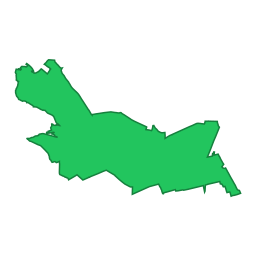 the district of Frecatei, Tulcea, Romania
{"feature_id": "2599482B40315374043911", "entity_name": "Frecatei", "entity_type": "district", "adm_level": 2, "iso_a3": "ROU", "parent_name": "Romania", "parent_adm1": "Tulcea", "projection": "robinson", "projection_center": [28.616, 45.13], "detail": "fine", "context": "isolated", "style": "filled", "palette": "green", "viewbox_px": 256, "rotation_deg": 0, "n_neighbors": 0, "source": "geoboundaries", "source_scale": "gbopen_adm2", "svg_char_len": 5493}
<svg xmlns="http://www.w3.org/2000/svg" viewBox="0 0 256 256"><path d="M156.7,129.3L155.3,128.1L153.8,125.5L153.4,125.7L153.0,125.6L152.9,125.7L152.6,127.6L152.1,129.6L151.5,130.6L149.0,130.0L145.9,129.6L146.7,127.0L146.6,126.9L134.7,121.4L131.1,119.5L130.5,119.0L124.1,114.8L122.0,113.6L121.1,112.7L120.8,112.6L120.1,112.6L119.4,113.0L117.7,112.9L116.3,112.6L114.9,112.5L110.9,111.9L104.5,112.6L99.5,113.4L96.0,113.9L93.8,114.3L92.2,114.5L92.1,115.1L91.8,114.7L91.3,114.4L88.9,110.2L87.9,109.1L87.9,108.9L87.5,108.3L83.0,101.3L81.4,98.9L80.1,96.7L78.6,94.4L77.5,93.1L72.7,88.5L72.0,87.7L71.2,86.7L69.7,84.0L68.6,82.3L68.6,82.1L65.6,78.4L64.1,75.7L63.7,75.2L62.3,73.6L61.9,72.9L61.8,72.1L61.5,71.7L61.3,71.3L61.2,70.2L61.3,69.9L61.8,68.7L62.2,68.0L61.4,68.2L61.2,68.1L60.2,67.6L59.4,66.8L57.9,65.0L56.8,64.0L56.2,63.2L55.4,62.4L54.9,61.8L54.6,60.2L48.9,59.8L48.5,59.8L47.8,60.5L47.6,60.6L46.9,61.4L46.4,62.2L45.9,62.8L45.1,63.4L44.3,64.3L45.3,64.8L47.3,66.5L49.4,67.8L50.6,69.0L49.9,69.7L49.9,69.9L49.6,70.6L48.8,71.7L48.4,72.4L47.3,73.9L45.7,72.5L41.6,69.1L41.2,68.9L38.7,71.5L38.6,71.4L37.9,71.9L35.8,73.0L34.1,73.2L33.6,71.6L32.3,72.2L31.7,71.3L33.3,70.5L32.5,69.0L31.7,67.9L30.8,66.9L29.2,65.4L26.7,63.5L26.1,64.3L27.9,65.6L26.0,67.3L26.1,67.2L25.4,66.6L24.7,66.5L24.4,66.6L22.0,66.4L21.7,66.5L21.7,66.8L21.4,66.8L20.6,67.6L20.1,68.5L20.7,69.1L21.1,69.0L21.2,69.3L21.0,69.5L20.8,69.8L20.5,70.1L20.1,70.0L19.5,69.6L19.5,69.1L19.2,68.9L18.6,68.8L18.6,69.0L18.5,69.5L18.3,69.7L17.5,69.4L16.2,69.2L15.4,72.2L15.4,72.6L15.6,73.0L16.3,74.0L16.2,75.5L16.1,75.9L16.3,76.3L16.3,77.6L16.4,78.3L16.3,80.1L17.1,80.4L17.2,80.5L17.4,81.1L18.1,81.3L18.5,81.6L18.2,82.0L18.1,82.6L18.1,83.7L17.8,84.7L17.6,86.0L17.1,87.0L16.9,87.8L16.3,88.4L16.1,89.6L15.9,90.0L15.6,90.3L15.6,92.8L16.3,95.1L16.4,95.7L16.8,96.4L18.2,98.0L18.3,98.4L18.5,99.0L18.9,99.5L19.7,99.7L21.2,100.6L22.1,100.9L22.4,101.2L23.2,101.0L24.5,101.0L25.0,101.1L25.5,101.3L26.3,101.7L26.7,102.3L26.8,102.7L27.4,102.6L27.7,102.6L27.9,102.5L29.0,103.2L30.3,104.1L32.5,105.4L32.6,105.6L33.5,106.3L33.5,106.5L33.5,106.8L34.1,106.6L34.6,106.9L35.0,106.9L36.5,107.0L39.6,108.6L39.7,108.8L40.6,109.2L40.7,109.4L41.9,109.8L42.5,110.2L42.9,110.2L43.5,110.1L44.0,110.4L45.0,110.3L47.0,112.5L47.5,113.0L48.5,113.5L51.9,115.0L52.7,115.6L53.4,116.2L53.9,116.9L56.2,122.6L56.5,123.0L58.3,124.2L59.6,125.6L59.3,125.6L58.5,125.2L56.7,124.8L56.3,124.7L56.2,124.8L56.3,125.2L56.0,125.2L55.3,125.4L54.8,125.3L54.1,125.3L53.3,125.0L52.9,124.3L52.5,124.2L52.3,124.2L51.9,123.9L51.7,124.1L51.8,125.9L50.7,127.8L51.0,128.8L51.5,130.0L49.9,130.7L48.4,131.2L48.8,131.9L48.4,132.1L47.6,132.1L46.8,132.2L46.6,132.5L46.7,133.3L50.0,133.0L52.4,132.4L53.9,132.3L54.0,132.4L53.8,132.7L52.0,132.9L51.9,134.0L53.2,134.2L53.8,134.6L54.0,134.6L54.6,135.0L54.8,136.1L55.2,136.3L55.5,136.7L56.1,136.8L56.8,136.7L57.0,137.1L56.8,137.2L56.6,137.0L55.5,136.9L46.1,134.3L43.2,133.6L42.4,133.6L39.3,134.2L39.0,134.5L38.7,135.1L38.4,135.2L38.4,135.4L37.4,135.8L35.5,136.0L34.6,136.4L33.1,137.4L31.6,137.5L30.1,138.2L29.7,138.4L27.1,138.4L27.0,138.5L27.4,139.1L27.7,139.0L27.9,139.2L28.4,139.8L29.6,141.0L30.2,141.2L31.1,141.4L38.0,144.7L40.6,145.6L40.9,145.9L44.5,149.5L48.0,153.2L48.2,153.5L49.4,156.7L49.4,157.8L49.8,159.2L50.5,160.0L51.1,160.4L51.3,161.0L51.4,161.5L52.1,162.3L53.2,162.1L54.1,161.7L55.0,161.6L55.6,161.9L56.1,162.5L56.5,162.6L56.9,162.5L59.4,161.4L59.4,162.6L59.6,164.0L59.4,171.1L59.4,173.0L59.5,173.7L59.7,174.3L59.9,174.6L60.3,174.7L61.8,175.5L62.1,175.5L62.7,176.0L63.0,176.0L63.9,176.3L65.0,177.1L65.7,177.3L65.9,177.2L66.7,177.8L67.5,177.9L68.2,178.6L68.6,179.8L75.5,175.8L77.0,174.8L82.5,179.7L82.7,180.0L82.9,180.0L88.2,177.7L88.6,177.3L88.9,177.2L89.1,177.3L89.4,177.3L90.5,176.6L98.0,173.6L103.5,171.2L106.3,170.2L114.9,175.3L115.0,175.7L115.5,176.1L119.1,179.4L122.1,181.9L124.8,184.0L129.7,186.6L130.4,186.9L132.5,187.0L132.3,194.3L149.4,186.6L158.6,184.1L159.8,186.6L160.7,187.9L161.0,188.8L161.1,189.2L161.6,190.0L161.8,191.0L162.4,192.9L162.8,193.6L163.1,193.8L163.5,193.7L163.8,192.8L164.0,192.7L166.9,192.0L175.3,189.6L175.7,191.0L175.9,191.0L178.1,190.8L182.8,189.9L183.6,190.2L188.0,189.3L203.3,185.6L204.6,192.0L205.0,191.1L205.2,187.4L205.4,185.0L207.3,184.5L207.6,184.3L219.8,181.5L220.3,183.8L220.5,183.8L221.0,184.1L221.7,184.0L223.2,186.1L223.4,186.5L223.2,186.7L223.3,186.8L223.8,186.8L224.5,186.5L225.0,186.4L225.9,189.1L226.5,191.3L227.0,192.6L229.4,192.0L229.8,192.0L230.1,192.6L231.1,196.2L232.0,195.8L233.4,195.4L233.9,195.4L237.0,194.6L240.6,193.3L239.7,191.1L239.3,190.4L238.9,190.4L237.4,189.7L236.1,187.2L235.2,185.2L234.1,183.4L232.8,181.0L230.5,177.0L228.2,172.7L227.5,171.6L227.3,171.1L225.6,168.0L225.0,168.3L224.3,168.4L223.7,168.3L222.4,167.6L221.9,166.7L222.3,166.3L223.0,165.2L223.7,164.4L223.3,163.6L223.0,163.3L220.6,159.0L219.8,157.1L219.2,156.3L218.1,154.1L214.1,155.1L214.4,152.0L213.7,152.0L213.6,152.9L213.3,153.8L212.6,153.6L212.5,154.0L212.4,155.3L212.4,156.1L207.4,157.1L207.7,156.3L210.4,149.6L213.8,140.7L215.6,136.6L219.4,127.2L218.7,126.4L218.3,125.7L218.1,125.2L218.1,124.7L217.6,123.3L217.4,122.6L217.3,121.4L209.1,121.2L208.3,121.1L207.9,121.2L205.2,121.2L205.2,121.4L204.6,123.4L204.3,124.0L201.6,123.7L200.4,123.5L198.0,123.3L196.6,123.5L195.5,124.0L192.1,125.6L189.6,126.6L172.1,134.5L172.0,134.8L171.8,134.8L171.7,134.7L169.6,135.6L165.1,138.4L165.1,135.6L164.9,132.5L163.2,132.7L162.0,132.8L161.1,132.6L160.2,132.3L158.3,131.3L156.7,129.3Z" fill="#22c55e" stroke="#15803d" stroke-width="1.5"/></svg>